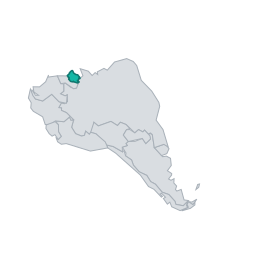 South America, with Suriname highlighted, rotated 309°
{"feature_id": "SUR", "entity_name": "Suriname", "entity_type": "country or territory", "adm_level": 0, "iso_a3": "SUR", "parent_name": "South America", "parent_adm1": "", "projection": "equal_earth", "projection_center": [-56.071, 3.918], "detail": "fine", "context": "in_parent", "style": "filled", "palette": "teal", "viewbox_px": 256, "rotation_deg": 309, "n_neighbors": 12, "source": "natural_earth", "source_scale": "50m", "svg_char_len": 5698}
<svg xmlns="http://www.w3.org/2000/svg" viewBox="0 0 256 256"><g transform="rotate(309 128 128)"><path d="M108.8,221.4L110.7,224.3L116.0,226.3L109.3,226.7L108.8,221.4ZM129.3,160.8L127.5,173.0L130.3,175.5L131.2,180.1L126.1,185.2L119.6,185.5L120.1,190.6L118.9,191.5L113.9,191.6L114.4,194.3L117.6,195.7L114.1,198.2L113.5,202.3L110.1,203.6L109.7,205.6L113.7,208.0L107.4,216.8L109.7,220.7L102.4,219.9L98.8,213.3L100.6,210.6L102.0,201.6L99.6,194.9L101.6,184.7L100.6,179.4L103.0,172.4L101.0,164.2L102.5,155.6L105.4,150.9L104.8,143.7L107.3,142.2L109.5,135.6L113.9,138.5L114.7,136.1L117.3,136.2L122.0,141.8L128.9,145.7L127.1,151.6L133.6,152.4L137.2,146.9L138.2,151.0L129.3,160.8Z" fill="#d9dde1" stroke="#a8b0b8" stroke-width="1"/><path d="M108.8,221.4L109.3,226.7L112.4,226.7L110.3,228.4L104.9,227.1L97.4,221.9L104.4,224.8L105.8,222.1L108.8,221.4ZM101.5,122.4L104.3,128.1L106.0,138.7L108.0,139.1L104.8,143.7L105.4,150.9L102.5,155.6L101.0,164.2L103.0,172.4L100.6,179.4L101.6,184.7L99.6,194.9L102.0,201.6L100.6,210.6L98.8,213.3L102.4,219.9L108.9,220.6L104.7,222.0L103.8,224.3L96.6,220.5L94.3,211.6L96.7,207.2L93.6,206.5L95.5,199.8L97.8,200.7L98.4,195.2L97.0,194.5L96.6,197.8L95.3,197.5L96.7,186.7L95.4,180.8L99.2,167.2L100.7,134.2L99.8,124.8L101.5,122.4Z" fill="#d9dde1" stroke="#a8b0b8" stroke-width="1"/><path d="M122.9,219.5L128.0,217.7L129.5,218.8L126.4,220.3L122.9,219.5Z" fill="#d9dde1" stroke="#a8b0b8" stroke-width="1"/><path d="M129.3,160.8L137.8,166.1L139.0,168.1L137.7,172.9L132.5,174.3L127.7,171.5L129.3,160.8Z" fill="#d9dde1" stroke="#a8b0b8" stroke-width="1"/><path d="M138.6,171.1L137.8,166.1L129.3,160.8L138.2,151.0L138.3,148.6L136.0,147.4L136.8,142.2L134.3,142.0L133.4,137.2L128.5,136.4L129.5,124.3L127.7,118.5L123.3,118.3L122.4,110.6L110.9,103.6L111.0,97.9L104.2,101.9L98.8,101.9L98.9,97.1L95.0,98.8L92.5,97.0L90.6,90.8L93.1,83.7L100.1,80.6L101.2,70.5L99.8,65.2L101.7,63.8L100.3,61.4L105.7,60.4L106.8,63.3L110.4,64.4L115.5,59.9L113.4,58.9L112.1,54.0L116.2,54.9L121.8,50.3L123.5,50.9L123.6,58.1L125.8,62.7L133.0,61.1L133.0,58.9L140.2,60.1L144.0,53.5L147.2,61.4L146.2,67.1L150.4,67.6L150.5,70.8L152.3,68.8L159.2,71.8L159.9,75.5L170.8,76.0L181.1,83.3L183.0,90.3L182.0,95.5L173.4,108.3L171.6,123.3L167.3,135.9L164.8,139.0L151.8,144.9L148.8,156.2L138.6,171.1Z" fill="#d9dde1" stroke="#a8b0b8" stroke-width="1"/><path d="M101.2,101.7L111.0,97.9L110.9,103.6L122.4,110.6L123.3,118.3L127.7,118.5L129.5,124.3L128.7,129.8L125.8,127.9L119.6,128.8L117.7,136.8L114.7,136.1L113.9,138.5L109.5,135.6L106.0,138.7L104.3,128.1L101.5,122.4L103.3,106.7L101.2,101.7Z" fill="#d9dde1" stroke="#a8b0b8" stroke-width="1"/><path d="M100.1,80.6L93.1,83.7L90.6,90.8L92.5,97.0L95.0,98.8L98.9,97.1L98.8,101.9L101.2,101.7L103.3,106.7L102.9,119.1L99.8,124.8L86.4,113.3L77.0,89.8L73.4,86.4L73.0,82.0L75.5,77.7L75.2,81.0L79.5,81.4L81.3,76.5L86.7,71.9L87.8,67.1L92.6,74.3L99.7,75.6L98.2,78.8L100.1,80.6Z" fill="#d9dde1" stroke="#a8b0b8" stroke-width="1"/><path d="M107.2,62.9L105.7,60.4L100.3,61.4L101.7,63.8L99.8,65.2L101.2,70.5L100.1,80.6L98.2,78.8L99.7,75.6L92.6,74.3L87.8,67.1L82.3,65.6L78.6,61.5L83.0,54.6L81.4,43.9L82.4,39.8L86.7,36.9L88.6,31.7L96.9,27.6L92.3,37.8L95.3,44.7L106.2,47.5L105.0,57.9L107.2,62.9Z" fill="#d9dde1" stroke="#a8b0b8" stroke-width="1"/><path d="M121.8,50.3L116.2,54.9L112.1,54.0L113.4,58.9L115.5,59.9L108.5,64.6L105.0,57.9L106.2,47.5L95.3,44.7L92.3,37.8L93.3,33.7L95.5,30.0L97.1,29.5L95.2,35.6L97.1,37.9L96.8,32.1L100.3,28.3L104.3,33.4L112.1,34.9L119.2,32.9L117.2,33.8L124.1,40.3L120.2,47.9L121.8,50.3Z" fill="#d9dde1" stroke="#a8b0b8" stroke-width="1"/><path d="M131.7,60.8L126.9,62.9L124.3,61.2L123.5,50.9L120.2,47.9L124.1,40.3L130.2,47.9L128.1,54.0L131.7,60.8Z" fill="#d9dde1" stroke="#a8b0b8" stroke-width="1"/><path d="M87.1,67.4L86.7,71.9L81.3,76.5L79.5,81.4L75.2,81.0L76.8,75.4L73.9,74.1L74.0,70.3L76.0,64.5L78.9,62.5L87.1,67.4Z" fill="#d9dde1" stroke="#a8b0b8" stroke-width="1"/><path d="M128.0,130.5L128.5,136.4L133.4,137.2L134.3,142.0L136.8,142.2L135.7,150.1L133.6,152.4L127.1,151.6L128.9,145.7L117.7,136.8L119.6,128.8L125.8,127.9L128.0,130.5Z" fill="#d9dde1" stroke="#a8b0b8" stroke-width="1"/><path d="M137.3,49.8L137.1,50.1L136.9,50.4L136.6,50.9L136.6,51.1L136.5,51.3L136.5,51.5L136.6,51.8L136.6,52.0L136.7,52.3L136.6,52.6L136.6,52.8L136.7,53.1L136.7,53.4L136.7,53.5L136.8,53.6L136.8,54.0L137.1,54.5L137.4,54.9L137.5,55.1L137.6,55.3L137.7,55.5L137.6,55.9L137.5,56.2L137.2,56.8L137.3,57.4L137.2,57.7L137.2,57.9L137.1,58.3L136.7,59.1L136.4,59.4L136.2,59.5L136.0,59.4L136.0,59.1L135.9,59.1L135.7,59.1L135.5,58.9L135.4,58.8L135.4,58.6L135.1,58.8L134.9,58.8L134.6,58.9L134.5,59.0L134.4,59.1L133.8,59.2L133.6,59.2L133.2,59.0L133.1,58.9L132.9,59.3L132.7,59.4L132.6,59.6L132.8,59.8L132.9,60.0L133.0,60.2L133.1,60.4L133.1,60.6L133.1,60.9L133.0,61.0L132.9,61.0L132.4,60.9L132.0,60.8L131.9,60.7L131.7,60.6L131.3,60.4L131.1,60.2L131.0,59.8L131.0,59.6L130.9,59.5L130.7,59.3L130.7,59.1L130.6,58.9L130.5,58.6L130.4,58.4L130.4,58.1L130.2,57.9L130.1,57.7L130.1,57.3L130.0,57.1L130.0,56.9L129.9,56.8L129.9,56.6L129.9,56.2L129.6,56.1L129.4,56.2L129.2,56.2L129.0,55.7L128.9,55.5L128.6,55.2L128.5,54.8L128.4,54.6L128.1,54.2L128.1,53.8L128.1,53.6L128.2,53.4L128.3,53.0L128.4,52.7L128.5,52.3L128.6,52.0L128.5,51.9L128.4,51.7L128.5,51.4L128.6,51.2L128.8,51.1L129.1,51.0L129.6,51.0L129.8,50.9L129.9,50.6L130.1,50.4L130.1,50.2L129.9,50.2L129.8,49.9L130.0,49.6L130.0,49.4L130.1,49.2L130.2,49.3L130.3,48.9L130.3,48.6L130.3,48.3L130.5,48.0L130.7,47.8L131.8,48.0L132.4,48.2L133.1,48.5L133.2,48.8L133.2,48.5L133.2,48.1L133.4,47.9L133.8,47.8L134.4,48.0L135.0,47.8L135.7,47.8L136.8,48.1L137.3,48.3L137.5,48.4L137.6,48.7L137.6,49.0L137.5,49.4L137.3,49.8Z" fill="#14b8a6" stroke="#0f766e" stroke-width="1.5"/></g></svg>